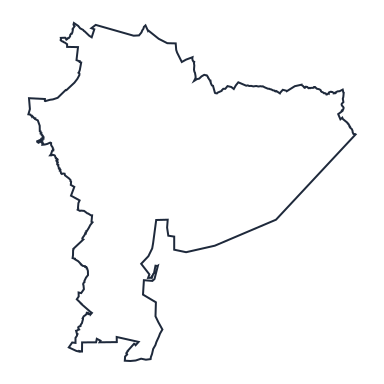 Villa de Cos, Zacatecas, Mexico (Equal Earth projection)
{"feature_id": "50627088B44812883049784", "entity_name": "Villa de Cos", "entity_type": "district", "adm_level": 2, "iso_a3": "MEX", "parent_name": "Mexico", "parent_adm1": "Zacatecas", "projection": "equal_earth", "projection_center": [-102.286, 23.528], "detail": "fine", "context": "isolated", "style": "outline", "palette": "slate", "viewbox_px": 384, "rotation_deg": 0, "n_neighbors": 0, "source": "geoboundaries", "source_scale": "gbopen_adm2", "svg_char_len": 5645}
<svg xmlns="http://www.w3.org/2000/svg" viewBox="0 0 384 384"><path d="M162.4,329.5L158.4,322.3L155.5,316.3L155.9,302.3L143.0,294.6L143.9,280.2L152.4,280.9L154.5,279.0L157.9,265.7L157.4,266.0L155.5,265.7L154.0,273.2L153.2,274.0L151.9,277.6L151.5,277.0L151.1,277.8L148.1,277.9L149.4,274.4L141.2,263.8L148.4,256.2L152.2,248.4L153.1,243.2L156.2,220.0L167.7,219.7L167.1,227.6L168.3,235.7L174.2,236.6L174.2,249.7L186.1,252.2L214.8,245.7L276.0,219.7L355.6,134.4L354.9,134.0L354.4,134.2L353.5,134.0L352.7,132.4L352.5,130.7L351.8,129.1L350.2,127.7L350.0,127.4L350.2,127.0L349.7,126.2L349.4,126.2L349.2,125.2L348.4,124.3L348.4,123.9L347.6,123.4L347.5,122.8L343.2,119.3L342.7,118.8L342.3,117.7L340.4,119.3L338.2,114.1L341.5,111.7L341.8,110.4L342.1,110.2L342.6,110.6L343.5,108.6L343.6,107.7L343.2,106.9L341.9,105.5L341.6,104.6L341.8,103.7L343.4,102.1L342.8,98.8L343.3,97.0L343.7,92.8L343.4,92.7L342.7,89.6L339.6,91.2L337.5,91.4L335.8,92.3L335.8,92.9L335.4,93.2L334.3,93.3L334.5,92.9L333.3,92.7L332.3,92.0L331.5,92.0L331.0,91.7L330.2,91.9L328.9,92.5L328.8,93.5L328.5,93.3L327.4,94.3L326.4,94.5L325.9,93.6L324.8,93.1L324.1,93.3L322.9,92.3L321.7,91.9L321.0,91.3L320.8,90.4L320.2,89.8L319.0,89.2L316.8,88.7L315.0,87.0L314.2,87.0L314.1,87.3L313.8,87.2L313.1,87.9L310.9,87.9L310.1,88.2L309.7,87.9L308.5,88.2L307.3,87.0L305.9,86.7L305.5,86.8L305.4,87.4L304.9,87.8L304.5,87.8L302.9,85.9L301.5,85.0L301.5,84.7L294.8,86.2L286.8,91.2L286.6,90.8L282.8,89.8L280.3,92.6L279.9,93.4L276.5,91.1L276.0,91.5L275.0,91.2L274.9,90.8L274.1,90.5L272.8,90.3L271.5,89.5L269.8,89.1L269.4,88.8L267.9,88.7L264.6,87.3L262.8,86.3L262.2,86.5L260.4,86.2L258.4,86.5L256.2,86.0L253.3,86.4L251.2,85.9L249.2,86.0L247.8,85.4L246.2,85.7L238.3,82.3L235.8,85.4L233.8,89.0L231.3,87.0L227.5,86.1L225.3,88.8L223.3,88.8L221.9,90.2L221.6,90.9L217.7,92.6L216.9,93.4L215.2,93.1L214.9,92.7L213.0,85.8L211.9,85.4L210.9,83.3L210.5,80.9L210.2,81.0L210.1,80.4L209.2,79.5L208.5,78.1L208.0,77.7L207.8,76.7L206.7,75.3L206.2,75.4L204.7,74.9L204.1,74.9L201.5,76.4L199.2,78.6L196.8,79.2L194.1,80.9L195.7,77.8L195.5,77.2L195.6,76.4L195.0,72.9L194.4,71.7L194.0,69.7L194.3,65.6L194.0,63.4L194.2,61.8L193.4,61.6L192.5,59.9L192.3,58.4L192.5,57.2L186.1,59.6L181.8,62.0L177.1,52.6L176.2,49.9L175.7,43.4L167.3,43.2L158.7,38.8L148.3,30.5L148.0,30.9L145.5,25.4L143.9,26.9L143.4,28.8L142.3,30.3L141.4,32.5L139.0,35.4L133.6,35.7L95.7,24.9L91.4,28.2L94.3,29.3L91.7,37.3L89.3,35.8L84.6,31.3L84.1,31.1L83.1,29.9L80.1,28.3L78.2,25.9L73.9,23.0L73.5,24.6L73.9,25.5L74.6,26.2L72.7,28.9L72.9,29.2L72.6,29.6L72.8,30.2L72.3,32.6L71.7,33.8L71.1,33.7L70.2,35.0L70.1,36.3L69.0,37.9L67.8,38.2L67.5,38.9L66.4,39.6L66.2,39.2L66.3,38.9L65.8,38.7L65.7,38.1L65.2,37.7L60.8,37.9L61.0,39.0L60.6,40.1L60.7,40.3L62.1,41.3L63.2,41.6L63.5,42.1L64.7,42.5L67.1,44.2L67.1,46.9L78.0,47.1L76.5,60.1L78.4,60.9L79.8,61.2L79.7,62.1L81.2,62.5L79.8,70.0L79.1,72.0L78.5,72.8L79.4,73.5L79.4,75.0L77.4,78.8L74.4,82.7L66.9,89.7L66.3,90.2L65.7,90.0L57.7,97.8L52.9,99.4L49.9,99.8L45.3,101.1L44.9,100.9L44.9,99.0L29.0,98.2L29.9,109.1L28.4,114.3L30.4,114.6L30.6,115.2L31.6,115.9L31.9,116.5L32.2,116.0L33.5,117.3L33.7,117.9L35.2,118.3L35.0,119.0L37.8,120.4L39.7,125.7L39.8,131.1L40.6,131.4L40.6,133.3L41.4,133.2L41.4,134.6L42.2,135.0L42.2,135.6L42.9,136.0L42.9,136.6L43.6,137.1L43.5,138.3L42.8,137.9L42.7,139.2L42.1,138.8L42.0,139.8L41.3,139.4L41.3,140.2L40.3,139.9L36.4,141.6L37.7,141.6L37.7,142.3L38.3,142.6L38.6,141.7L39.2,142.1L39.6,141.2L41.0,142.1L41.3,141.4L42.6,142.3L42.3,143.1L42.9,143.5L42.4,144.1L42.3,144.8L45.0,144.5L47.3,143.9L50.2,142.6L51.1,143.0L51.1,144.9L51.4,145.6L52.7,147.5L53.0,149.4L53.4,149.5L53.3,150.5L52.2,150.7L51.0,154.2L50.2,155.3L51.6,155.3L52.6,154.8L54.5,155.3L55.0,155.9L55.7,158.0L56.1,158.0L56.8,160.1L57.5,159.4L57.7,159.8L56.4,160.8L56.9,161.8L57.2,161.4L57.5,161.8L57.3,162.0L57.8,162.6L57.1,164.0L57.6,164.8L58.3,164.9L58.3,166.5L59.0,167.9L58.9,168.3L59.7,168.5L59.5,169.4L60.3,169.7L59.9,170.8L60.5,171.0L61.1,173.4L61.9,174.0L62.9,173.5L64.6,173.7L65.0,175.4L69.1,178.5L70.6,180.2L70.5,181.2L71.1,181.8L70.8,184.9L74.3,186.9L71.0,195.7L79.6,200.4L78.4,203.1L78.0,207.8L78.2,208.3L77.6,209.7L80.0,210.9L80.9,210.6L84.1,210.9L87.4,213.4L88.1,213.5L90.9,215.3L92.1,215.3L91.5,221.8L92.5,222.3L90.3,225.0L88.8,227.9L86.7,231.3L86.3,231.2L86.0,232.8L85.5,232.8L85.5,233.6L85.2,233.5L84.4,235.3L82.6,237.8L82.3,238.5L82.5,239.1L83.3,239.5L73.3,248.9L73.5,249.6L73.1,250.1L73.0,255.2L72.6,258.1L74.9,258.7L74.8,259.2L78.2,261.2L80.6,263.7L80.4,263.7L80.9,264.5L82.6,265.8L85.0,266.2L85.0,266.8L86.0,266.9L86.0,267.2L86.7,267.5L86.7,268.5L87.2,268.6L87.9,271.0L88.0,275.1L86.0,277.6L84.4,281.0L84.5,281.7L84.3,281.7L84.2,282.3L83.3,283.4L83.2,284.7L83.5,285.3L83.9,289.2L81.2,293.1L78.6,292.5L78.7,296.5L76.8,299.3L81.3,303.6L81.1,303.7L81.7,304.3L90.1,311.6L91.9,312.9L90.4,314.6L90.1,313.7L88.9,314.2L88.5,314.0L88.6,313.6L88.0,312.8L86.8,312.7L86.4,314.4L85.7,314.7L85.2,315.3L83.7,316.3L82.7,318.2L83.0,318.3L83.0,319.1L81.9,323.2L80.8,324.6L80.5,326.1L79.4,326.3L78.2,327.3L78.4,328.4L79.1,329.5L77.3,330.2L76.6,331.2L76.2,331.1L76.8,333.4L77.5,334.0L77.0,334.5L77.1,335.1L76.9,335.8L75.5,337.9L75.5,342.9L72.2,342.5L68.8,347.4L76.3,350.9L79.3,351.6L79.3,351.0L80.2,351.2L80.3,351.5L82.0,351.5L82.1,342.4L96.1,342.3L96.8,338.8L100.5,340.7L99.6,342.3L116.8,342.1L116.7,337.0L138.6,341.9L135.6,345.2L134.8,344.1L134.1,343.7L127.7,350.9L127.9,351.1L126.6,352.6L126.8,353.0L126.4,353.5L127.1,354.5L125.1,356.5L124.8,360.7L130.3,361.0L135.7,360.5L141.1,358.7L145.9,359.7L150.6,359.1L150.9,357.0L152.0,354.1L153.2,348.9L155.4,345.1L156.4,342.0L158.9,336.6L160.0,333.6L162.4,329.5Z" fill="none" stroke="#1e293b" stroke-width="2"/></svg>